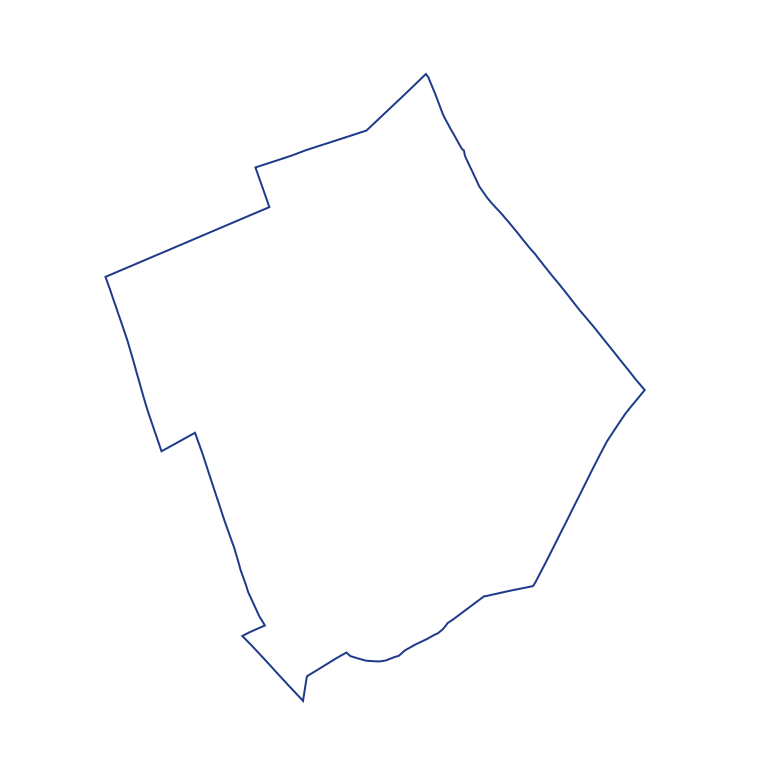 Mihaesti, Olt, Romania (Equal Earth projection), rotated 80°
{"feature_id": "2599482B3191735089576", "entity_name": "Mihaesti", "entity_type": "district", "adm_level": 2, "iso_a3": "ROU", "parent_name": "Romania", "parent_adm1": "Olt", "projection": "equal_earth", "projection_center": [24.801, 44.115], "detail": "fine", "context": "isolated", "style": "outline", "palette": "blue", "viewbox_px": 768, "rotation_deg": 80, "n_neighbors": 0, "source": "geoboundaries", "source_scale": "gbopen_adm2", "svg_char_len": 2274}
<svg xmlns="http://www.w3.org/2000/svg" viewBox="0 0 768 768"><g transform="rotate(80 384 384)"><path d="M584.4,253.1L573.8,245.2L561.8,236.3L549.3,226.9L545.8,224.3L543.3,222.5L540.8,220.7L530.8,213.2L519.9,205.1L505.9,194.8L489.0,182.0L479.1,174.3L464.9,160.9L455.6,151.9L448.9,144.4L446.5,141.5L435.2,128.3L429.2,131.8L423.8,135.0L413.3,140.6L400.7,147.6L393.2,151.6L379.6,159.1L365.4,166.8L355.0,172.8L345.5,178.4L337.5,182.7L326.5,188.5L316.6,193.9L307.7,199.0L299.5,203.5L291.2,208.0L284.8,211.4L283.4,212.0L274.0,217.7L272.3,218.6L266.6,221.8L260.6,225.0L255.4,227.9L251.9,229.9L249.2,231.4L244.5,234.1L240.9,236.3L239.0,237.3L236.3,239.0L223.9,247.0L218.0,250.3L207.6,255.1L206.1,255.8L203.4,256.6L200.2,257.4L196.2,258.5L187.9,260.7L183.9,261.9L174.7,264.3L172.7,264.7L169.8,264.7L168.7,264.7L167.8,264.8L167.4,265.2L167.0,265.6L166.4,266.2L165.3,266.7L161.8,268.0L150.1,272.0L148.8,272.5L146.2,273.5L141.7,275.0L138.3,276.1L133.6,277.7L129.6,278.9L127.3,279.4L117.8,281.2L111.9,282.3L107.2,283.2L93.8,286.2L89.8,287.0L86.0,288.9L101.8,312.4L129.8,354.9L131.4,357.4L131.4,357.7L140.2,420.5L143.0,435.1L148.4,473.0L181.7,467.5L189.9,466.2L197.9,500.9L212.6,564.1L230.1,639.7L235.9,638.7L242.4,637.6L242.7,637.5L251.5,636.2L263.9,634.2L269.9,633.3L271.2,633.1L275.1,632.4L296.8,629.1L305.1,628.2L314.2,627.2L321.8,626.4L330.3,625.6L344.4,624.1L353.6,623.2L362.7,622.2L371.2,621.1L389.8,618.2L411.6,614.8L407.8,603.6L402.9,589.4L399.2,578.6L421.4,574.8L449.7,570.8L468.9,568.0L474.9,567.1L490.4,564.9L509.3,561.7L512.8,561.1L518.9,560.0L532.1,558.5L537.0,558.0L541.8,557.6L558.2,554.8L565.4,553.9L574.0,551.6L590.9,547.2L599.6,543.8L601.1,543.3L605.2,559.8L607.6,567.3L618.0,560.1L627.7,553.8L639.4,546.2L652.3,538.1L660.7,532.6L663.5,530.9L664.2,530.4L678.9,520.8L680.7,519.6L682.0,518.8L659.6,511.1L658.3,510.3L654.2,499.8L645.5,477.8L641.9,467.6L646.1,464.4L650.1,456.6L653.3,449.9L655.6,440.8L656.5,436.1L656.6,430.4L654.8,421.3L654.2,416.5L650.4,410.4L649.4,408.1L646.0,398.3L644.6,393.2L642.5,385.7L639.5,377.1L639.0,374.5L635.8,368.8L631.7,364.0L630.6,363.1L627.6,356.3L619.8,340.9L615.1,331.6L610.4,322.2L610.6,321.3L609.5,296.3L608.9,272.4L606.3,269.9L598.2,263.7L592.0,258.9L587.8,255.7L584.4,253.1Z" fill="none" stroke="#1e3a8a" stroke-width="2"/></g></svg>